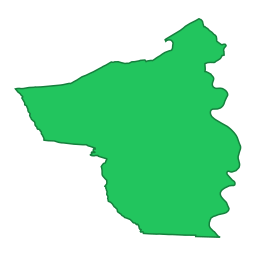 Lacusteni, Vâlcea, Romania
{"feature_id": "2599482B8847847737494", "entity_name": "Lacusteni", "entity_type": "district", "adm_level": 2, "iso_a3": "ROU", "parent_name": "Romania", "parent_adm1": "Vâlcea", "projection": "robinson", "projection_center": [23.871, 44.712], "detail": "fine", "context": "isolated", "style": "filled", "palette": "green", "viewbox_px": 256, "rotation_deg": 0, "n_neighbors": 0, "source": "geoboundaries", "source_scale": "gbopen_adm2", "svg_char_len": 5801}
<svg xmlns="http://www.w3.org/2000/svg" viewBox="0 0 256 256"><path d="M239.5,163.6L238.1,158.2L238.1,157.6L238.2,157.1L238.1,156.8L238.1,156.4L238.5,155.3L239.5,151.6L240.4,149.1L240.6,147.8L240.5,146.2L239.7,144.4L238.9,142.3L237.3,137.7L236.6,136.3L235.7,134.8L234.0,132.6L232.6,131.1L231.0,129.5L229.3,128.0L227.4,126.5L221.8,123.4L215.9,119.9L214.4,118.9L211.9,116.7L211.5,116.1L210.6,114.3L210.4,113.0L210.4,112.2L210.5,111.3L210.8,110.7L211.2,110.0L211.7,109.6L212.8,109.1L216.0,109.0L217.7,108.9L219.0,108.4L220.3,108.0L221.2,107.4L222.0,106.7L223.0,105.6L223.9,104.0L224.9,101.0L226.6,97.3L227.2,96.2L227.6,95.5L227.7,94.2L227.5,93.5L227.1,92.5L226.3,91.3L225.3,90.3L223.3,89.0L222.2,88.5L220.2,88.2L216.3,88.4L215.2,88.2L213.5,87.2L212.9,86.4L212.4,85.3L212.3,84.1L212.5,82.8L213.5,79.9L213.7,78.8L213.6,78.0L213.2,77.1L212.5,76.2L211.5,75.1L210.9,74.2L208.1,72.6L206.3,71.8L204.9,71.5L205.2,69.9L205.2,68.2L204.9,64.6L205.0,63.6L206.4,63.1L207.6,62.6L209.3,62.5L210.0,62.4L213.6,62.5L214.6,62.4L214.9,62.2L216.2,61.1L218.0,60.2L218.5,59.7L219.0,59.5L220.4,58.5L221.9,56.0L222.0,55.5L223.2,55.4L223.4,55.2L224.1,55.1L223.9,51.4L223.7,51.2L223.6,50.2L223.8,49.0L224.2,48.1L224.8,47.4L226.0,45.9L226.0,45.3L225.4,44.5L225.0,44.2L223.2,44.3L222.1,44.8L221.0,44.4L217.1,41.5L216.8,41.2L216.6,40.1L216.7,39.2L216.3,36.7L215.8,35.9L215.1,35.1L213.6,34.2L213.2,33.6L211.8,32.2L210.5,31.3L209.2,30.3L207.8,28.7L205.2,27.1L205.0,26.7L203.9,26.7L203.0,23.8L202.5,21.5L201.8,20.5L200.9,19.6L200.4,19.6L199.6,19.0L198.9,18.8L195.6,20.7L190.0,23.5L185.4,26.3L183.4,28.1L180.2,30.5L166.0,39.0L165.1,39.7L165.8,41.3L166.6,40.5L167.0,40.3L168.4,39.9L169.9,39.9L170.8,40.1L171.3,40.4L172.1,41.2L172.6,41.9L173.1,43.1L172.9,44.3L172.7,45.7L172.5,48.2L172.2,48.9L171.6,50.2L168.8,51.0L164.9,52.5L162.3,54.1L160.0,55.8L158.2,56.8L155.9,58.3L155.0,59.0L154.1,59.6L153.9,59.8L152.4,60.6L151.1,60.4L147.8,60.9L146.9,61.1L146.1,61.6L145.5,60.7L144.9,60.0L140.2,60.4L139.9,60.6L139.5,60.8L134.6,61.7L132.5,61.8L131.6,61.9L129.0,63.3L127.8,63.3L126.7,63.3L124.9,63.5L121.5,62.7L118.1,61.7L117.2,61.8L114.8,61.8L113.4,62.3L112.5,62.3L111.3,62.0L105.8,65.2L103.0,66.5L101.8,67.3L99.3,68.6L93.4,71.8L90.1,73.3L86.0,75.3L82.0,76.8L76.9,80.1L73.7,81.8L72.1,82.8L70.4,83.6L70.1,83.4L69.1,83.4L62.6,84.8L59.5,85.2L41.4,86.9L36.4,87.1L35.5,87.0L33.7,87.3L29.1,87.5L23.5,88.5L22.2,88.6L20.8,88.6L19.4,88.4L17.2,88.5L15.4,88.9L15.6,89.2L16.5,90.1L17.9,92.0L20.2,93.7L20.9,94.9L22.6,96.5L22.7,97.0L22.0,97.8L21.9,98.0L22.0,98.3L22.4,98.8L24.5,102.4L24.7,103.0L24.7,104.5L24.8,104.9L25.0,105.0L26.2,105.5L26.4,105.7L27.1,107.3L27.2,107.8L27.7,108.4L27.7,108.9L28.0,109.5L27.9,110.2L28.4,111.8L29.2,112.5L30.1,113.7L30.1,114.2L29.7,114.9L29.7,115.2L29.7,115.6L30.0,116.0L30.1,116.6L30.8,117.7L31.1,118.3L31.3,119.0L31.6,119.4L32.9,120.5L33.3,121.0L33.8,121.2L34.5,121.9L34.9,123.0L35.0,124.0L35.0,124.7L35.2,125.3L35.8,126.1L36.5,126.7L36.9,127.3L37.1,128.4L37.3,128.8L37.8,129.2L38.0,129.3L38.8,129.2L39.7,129.8L40.0,130.1L40.0,130.5L40.3,130.9L40.9,131.4L41.2,131.8L41.3,132.2L41.3,133.3L41.4,133.7L41.6,134.1L42.4,135.0L42.6,135.8L43.3,136.7L43.5,137.5L44.0,138.5L44.0,139.0L43.9,139.3L44.0,140.2L48.4,140.7L54.2,140.9L58.5,142.3L61.4,142.8L63.6,142.9L73.6,144.1L82.8,144.7L86.5,144.7L87.4,145.5L87.6,145.4L88.7,146.0L90.0,146.3L95.1,148.1L95.2,148.9L95.2,149.0L94.0,149.0L93.7,149.0L93.4,149.3L93.4,149.9L93.2,150.6L93.3,150.9L93.4,151.2L94.1,151.7L94.8,152.1L94.9,152.3L94.7,152.5L93.6,152.5L93.0,152.3L92.3,152.0L91.8,152.1L91.5,152.4L91.6,152.7L91.6,153.0L91.9,153.6L91.9,153.9L91.4,154.3L90.5,154.5L90.4,154.9L90.7,155.2L91.5,155.4L91.9,155.7L94.3,155.8L95.4,155.5L97.9,155.5L98.1,156.0L98.5,156.3L106.7,158.8L106.9,159.1L106.2,160.6L105.8,161.1L105.6,162.1L105.3,162.7L104.9,163.1L104.0,163.3L103.5,163.6L102.7,164.4L101.3,166.5L101.2,166.8L101.6,167.5L102.0,169.8L102.1,171.0L102.1,174.1L102.4,175.4L102.6,175.7L103.2,176.5L105.4,179.0L106.8,180.3L106.7,180.7L106.9,182.3L106.6,184.2L105.2,185.7L104.9,186.4L105.3,186.5L105.8,187.0L105.9,187.4L105.8,188.2L106.3,189.1L106.4,190.0L107.1,191.5L106.8,194.0L106.8,194.5L106.9,194.8L107.7,195.8L107.9,196.5L108.0,197.3L107.7,198.2L107.7,198.6L108.1,199.6L108.2,201.0L108.6,201.4L110.5,202.2L112.2,203.7L113.8,206.1L114.1,206.6L114.5,207.0L115.4,207.4L115.6,207.7L116.1,208.4L116.8,208.9L117.0,209.1L117.2,209.6L117.4,211.2L117.6,211.6L118.2,212.3L118.8,212.6L119.7,213.3L120.8,214.0L122.0,215.5L123.9,216.5L124.4,217.3L124.9,217.6L126.2,217.9L130.2,219.5L132.1,221.4L133.0,222.5L133.7,222.9L134.5,222.9L135.3,223.2L135.7,223.6L135.9,224.0L136.4,224.5L136.8,224.6L137.3,224.2L137.6,224.2L137.8,224.3L138.1,224.7L138.4,225.6L139.0,226.2L138.9,226.9L139.2,227.3L139.2,228.1L139.3,228.4L139.7,228.8L139.8,229.2L140.8,229.4L141.1,229.6L140.9,230.2L140.3,231.3L140.4,231.5L140.9,232.1L142.4,231.8L142.9,231.8L143.4,233.4L149.4,233.8L156.7,234.1L159.2,234.0L168.7,234.5L172.1,234.5L184.8,235.1L195.7,235.2L195.7,236.5L220.1,237.2L218.7,236.5L217.8,235.9L214.4,231.8L213.4,231.2L210.7,228.5L210.0,227.6L209.5,226.5L209.2,225.6L209.2,224.0L209.4,222.1L209.9,221.0L210.0,220.2L210.4,219.5L210.6,218.9L210.9,218.1L212.8,216.8L213.7,216.3L215.2,215.9L218.4,214.6L223.9,213.4L225.9,212.7L226.6,212.3L228.3,210.7L228.8,209.6L229.0,208.6L228.6,207.6L227.9,206.2L226.6,202.9L225.9,201.9L223.4,199.4L221.4,197.0L220.7,195.7L220.3,194.3L220.3,192.8L221.1,191.1L222.2,189.8L224.1,188.4L225.3,187.7L226.8,187.0L229.3,185.8L231.8,185.5L233.6,185.5L234.2,185.2L234.7,184.9L235.0,183.9L234.8,182.3L233.8,181.1L232.4,180.2L229.3,176.8L227.4,174.6L227.2,174.2L226.8,173.1L226.9,172.5L227.3,171.8L227.7,171.4L228.4,171.2L229.0,171.3L230.2,171.8L231.3,172.0L232.2,171.9L236.0,170.6L238.3,168.3L239.0,167.5L239.5,165.7L239.6,164.6L239.5,163.6Z" fill="#22c55e" stroke="#15803d" stroke-width="1.5"/></svg>